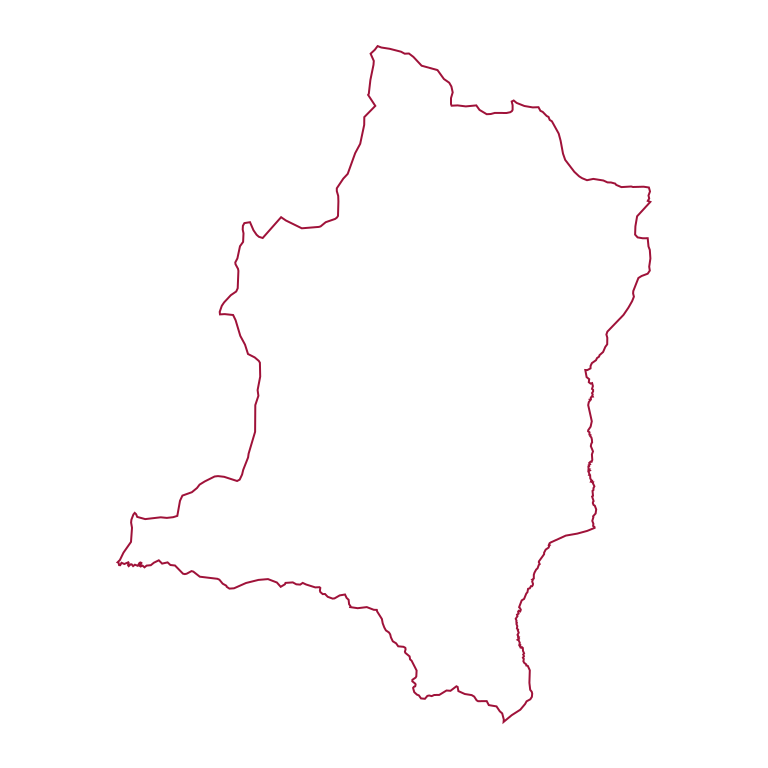 Mpwapwa, Dodoma, United Republic of Tanzania
{"feature_id": "72390352B74757309381442", "entity_name": "Mpwapwa", "entity_type": "district", "adm_level": 2, "iso_a3": "TZA", "parent_name": "United Republic of Tanzania", "parent_adm1": "Dodoma", "projection": "albers", "projection_center": [36.387, -6.763], "detail": "fine", "context": "isolated", "style": "outline", "palette": "rose", "viewbox_px": 768, "rotation_deg": 0, "n_neighbors": 0, "source": "geoboundaries", "source_scale": "gbopen_adm2", "svg_char_len": 6106}
<svg xmlns="http://www.w3.org/2000/svg" viewBox="0 0 768 768"><path d="M134.7,512.9L133.4,514.5L131.4,519.7L131.1,522.6L132.0,527.8L131.0,541.9L123.5,552.6L119.9,560.0L117.6,562.3L118.5,562.7L119.1,565.1L120.2,565.2L121.5,562.8L124.3,564.0L128.3,562.3L128.7,563.0L128.0,565.1L128.7,566.1L130.7,564.3L131.6,564.3L133.1,566.1L134.9,564.7L137.7,565.8L139.6,562.8L140.6,562.5L141.4,563.0L139.9,566.0L140.6,566.5L142.5,565.6L144.5,567.3L146.6,565.6L150.8,565.2L153.9,562.7L158.8,560.3L162.1,563.6L167.6,562.4L170.4,565.0L175.0,565.5L183.0,573.7L184.8,574.1L186.7,573.7L191.5,571.1L193.3,571.6L199.8,576.7L217.4,578.8L219.4,579.7L222.7,583.7L226.3,585.7L226.7,586.8L229.4,588.6L234.0,588.3L246.0,583.0L258.5,579.9L268.0,579.1L276.9,582.5L280.7,586.8L284.9,584.3L285.5,582.9L292.8,582.4L296.3,584.3L300.2,584.6L302.7,582.9L306.1,584.5L315.3,587.4L319.5,587.2L320.3,587.9L319.9,590.6L320.3,592.0L322.7,594.1L325.0,594.0L327.7,596.8L332.6,598.6L334.5,598.4L339.7,595.4L345.0,594.5L346.6,597.9L348.6,599.8L349.1,604.2L350.5,606.2L350.2,607.1L357.7,608.2L366.8,607.1L373.8,609.8L376.8,609.9L377.1,611.4L381.9,619.0L382.7,623.3L384.3,627.5L385.9,630.4L389.0,632.5L390.2,634.4L390.9,637.3L392.8,641.3L396.1,643.3L398.2,646.3L403.5,646.8L405.3,647.8L405.6,649.2L404.9,651.8L405.4,652.9L409.6,656.4L410.1,659.4L411.6,660.7L416.6,670.5L416.3,676.4L415.6,677.6L412.4,679.8L412.3,681.3L415.3,683.7L415.6,684.6L415.2,686.3L413.9,686.8L413.1,687.9L413.6,689.9L414.3,692.2L416.9,694.6L418.9,695.4L421.0,698.4L424.9,698.8L427.4,695.9L429.1,695.5L431.7,696.1L434.2,695.0L439.3,694.9L446.5,690.5L450.5,690.8L456.4,686.3L457.6,686.9L458.4,691.1L464.8,694.0L471.7,695.1L474.2,696.6L476.6,700.3L478.1,701.2L486.7,701.1L488.8,705.1L496.5,706.4L499.8,711.3L502.2,713.4L503.8,719.5L503.6,721.9L511.7,715.2L520.3,709.7L525.1,704.0L526.6,701.3L530.3,699.3L531.9,696.8L532.2,693.6L531.7,691.7L530.2,689.8L529.4,682.8L529.8,670.3L527.8,665.9L526.3,665.5L526.2,664.4L524.2,662.8L523.4,661.3L523.8,658.9L522.9,657.7L524.0,656.2L523.2,654.5L524.1,653.4L523.0,650.9L522.8,647.9L522.1,647.3L521.2,647.8L520.5,647.5L520.6,646.6L519.9,646.3L520.2,645.0L519.3,644.9L519.8,642.9L518.7,640.4L517.6,639.8L518.9,638.8L518.4,638.2L518.9,637.2L518.0,636.9L518.1,635.7L517.5,634.9L518.7,632.7L517.8,630.3L518.1,629.6L516.9,628.5L517.3,626.1L516.4,623.9L516.9,622.8L516.3,622.0L516.5,620.6L515.7,618.8L517.5,616.1L517.0,614.7L518.6,613.6L518.1,611.7L518.7,610.8L520.2,611.4L520.8,609.8L520.0,608.1L520.5,607.7L519.7,607.9L519.1,607.2L521.7,600.4L524.1,598.9L526.3,593.5L527.4,592.3L528.1,588.8L529.8,588.3L530.9,586.2L532.1,586.2L532.8,585.0L533.0,583.8L532.2,581.6L532.8,579.9L532.3,579.6L533.8,578.5L533.8,574.8L534.5,572.6L536.2,569.5L537.5,568.4L538.8,564.9L539.7,564.1L538.8,562.1L539.0,561.3L544.1,554.2L544.1,552.7L545.7,549.6L548.6,547.6L549.1,546.2L548.8,545.6L549.6,545.1L549.0,544.6L549.6,543.2L550.8,542.4L565.8,535.6L577.3,533.6L587.2,530.9L594.6,527.9L594.5,527.0L593.1,525.9L593.4,523.8L592.3,520.9L593.4,517.1L593.1,516.3L595.6,513.5L596.2,509.4L594.8,505.7L593.6,505.0L592.9,503.4L592.9,502.2L593.6,501.1L592.1,496.5L593.0,495.8L592.5,490.9L593.4,490.1L593.5,488.0L594.4,486.3L592.8,483.0L593.1,482.2L592.0,482.0L592.1,481.1L591.0,481.4L591.4,480.1L590.3,478.6L590.1,475.2L589.1,474.9L589.5,474.1L588.4,471.5L589.8,470.5L588.6,469.9L589.2,469.3L588.6,469.2L588.4,466.7L589.1,466.2L588.7,465.2L590.1,464.3L589.2,463.0L590.6,461.6L591.6,461.8L592.3,459.9L591.9,454.4L593.0,451.4L590.8,446.1L591.4,443.4L592.1,442.5L591.9,439.6L591.4,437.5L590.2,436.1L590.5,435.1L589.4,434.6L589.5,432.3L588.1,431.3L588.2,430.2L590.6,426.7L591.8,421.3L588.2,405.1L588.8,402.1L590.3,400.1L589.9,399.6L590.9,399.4L590.8,397.6L591.6,396.7L592.8,396.6L592.3,395.5L592.7,394.4L592.0,393.1L593.1,391.5L593.1,389.9L592.0,388.9L592.9,386.1L592.1,383.1L590.6,383.6L588.8,382.2L589.2,379.2L586.6,377.1L585.3,370.0L587.3,370.1L590.5,368.4L590.6,365.8L591.9,363.1L596.0,360.2L597.0,358.1L599.1,356.6L599.5,355.2L603.1,352.0L605.3,346.9L607.2,344.3L607.3,337.7L606.4,334.5L607.4,331.6L623.5,314.9L628.4,307.7L632.1,301.2L633.9,296.7L633.1,293.4L633.3,291.0L638.4,278.0L641.6,276.0L647.7,273.7L649.8,270.6L649.2,266.7L650.4,258.5L649.8,249.9L648.5,246.5L647.7,238.2L642.9,238.3L637.6,237.4L635.1,234.6L635.4,226.3L637.1,216.3L650.3,201.9L647.8,200.9L649.2,198.5L648.5,195.5L650.0,191.5L648.9,187.5L643.6,186.7L633.0,187.0L631.2,186.5L621.4,187.1L616.2,184.9L615.2,183.6L611.1,182.5L607.5,182.4L603.4,180.5L593.3,178.9L587.0,180.2L582.1,178.2L579.1,176.3L574.3,171.8L565.2,159.9L563.0,153.6L560.6,140.7L558.7,133.6L551.9,121.3L549.7,119.9L548.5,116.9L546.7,116.0L542.7,111.9L540.4,110.8L538.5,107.2L532.7,107.4L524.4,106.0L516.6,102.9L513.7,100.5L511.7,101.5L512.6,105.1L512.6,109.8L511.9,111.1L510.3,112.2L506.5,113.0L494.9,112.9L490.8,114.0L486.7,114.2L479.5,109.9L476.3,105.4L465.8,106.4L457.6,105.4L451.6,105.7L451.0,104.1L451.0,98.1L452.7,92.4L451.4,86.5L449.2,82.7L443.9,79.0L437.5,70.1L421.6,65.7L413.4,56.9L408.9,53.5L404.7,53.7L401.0,51.7L389.7,48.8L381.3,47.5L377.6,46.1L374.8,49.8L370.6,53.7L373.8,60.9L373.5,64.8L370.4,79.9L368.8,93.8L368.1,94.9L375.3,105.9L364.3,117.1L364.2,124.9L360.2,143.8L355.2,153.1L347.7,173.9L343.3,178.6L336.8,188.3L336.8,191.1L338.2,195.9L338.4,201.5L338.0,215.9L337.0,217.5L335.2,218.9L325.7,222.2L320.6,226.4L318.9,226.9L301.8,228.3L285.9,220.5L281.1,217.2L262.7,238.0L258.9,236.8L256.6,234.8L253.5,230.3L250.0,222.2L244.4,223.1L242.9,225.8L242.7,229.5L243.5,233.3L243.1,241.9L240.0,246.2L237.4,258.4L235.3,262.4L235.5,264.2L238.0,268.8L238.4,270.9L237.7,288.3L236.2,291.5L230.8,295.2L224.1,302.4L221.8,305.8L219.7,311.9L220.0,314.4L224.6,314.1L233.1,315.0L235.6,320.2L240.3,335.9L245.0,344.6L248.0,354.0L254.7,357.4L258.8,360.9L259.9,362.7L260.2,376.6L257.6,390.1L258.4,395.8L255.3,405.1L255.1,431.8L248.6,453.7L248.1,457.4L243.2,469.9L242.1,474.5L239.7,479.6L237.1,481.0L224.1,476.8L218.0,476.1L214.6,476.5L204.8,481.4L199.6,484.6L197.0,488.0L191.9,492.2L182.4,495.6L180.0,500.8L177.3,515.9L173.1,517.2L166.8,517.9L160.7,517.3L145.2,519.1L137.2,516.9L136.1,514.2L134.7,512.9Z" fill="none" stroke="#9f1239" stroke-width="2"/></svg>